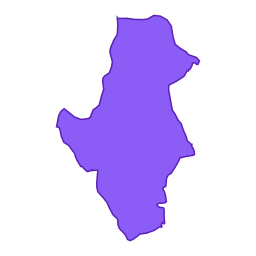 outline of Bafoulabe, Kayes, Mali
{"feature_id": "8926073B35923162225659", "entity_name": "Bafoulabe", "entity_type": "district", "adm_level": 2, "iso_a3": "MLI", "parent_name": "Mali", "parent_adm1": "Kayes", "projection": "equal_earth", "projection_center": [-10.509, 13.682], "detail": "fine", "context": "isolated", "style": "filled", "palette": "violet", "viewbox_px": 256, "rotation_deg": 0, "n_neighbors": 0, "source": "geoboundaries", "source_scale": "gbopen_adm2", "svg_char_len": 2247}
<svg xmlns="http://www.w3.org/2000/svg" viewBox="0 0 256 256"><path d="M167.1,19.9L160.5,16.2L153.9,15.4L147.7,19.0L142.9,19.6L134.3,19.4L127.2,18.3L123.0,18.4L118.5,18.4L118.0,18.2L117.3,17.4L117.8,24.8L117.3,34.4L113.8,40.1L111.1,46.4L110.4,48.6L109.9,52.1L112.4,61.9L111.6,66.6L110.3,70.2L109.2,72.9L104.8,75.9L103.1,77.9L102.6,80.8L103.7,89.1L101.3,96.7L99.2,105.1L95.6,108.2L93.1,109.9L91.2,114.8L90.5,116.9L89.0,118.0L88.4,118.5L88.2,118.5L87.5,118.6L82.9,119.3L81.3,119.5L74.7,117.1L64.1,108.7L61.0,111.4L58.8,115.3L56.5,126.8L58.9,127.4L60.0,129.8L61.4,136.6L63.8,142.2L68.9,145.6L71.8,149.8L74.4,153.0L75.2,155.9L76.8,159.9L80.7,166.5L81.2,166.3L82.5,166.8L83.1,167.6L83.6,168.4L84.1,168.6L84.7,169.3L85.1,169.7L85.5,170.1L86.1,170.7L87.3,171.6L88.5,171.4L89.5,171.0L90.8,170.7L91.4,170.6L91.9,169.7L92.1,169.7L92.2,170.3L92.3,170.5L96.4,170.2L97.8,170.3L97.7,171.7L96.8,182.0L96.8,186.9L97.8,191.8L103.0,197.5L107.0,202.6L109.5,208.2L112.0,212.9L113.0,214.8L117.6,219.1L118.1,225.1L119.5,228.7L125.3,234.7L127.5,239.4L130.1,240.6L133.3,239.2L140.2,234.0L146.5,233.1L149.3,232.1L153.7,230.6L158.0,228.0L159.1,226.9L160.3,227.0L161.7,227.1L161.9,226.8L161.9,226.5L161.9,225.9L161.1,224.8L161.2,224.3L162.2,223.3L162.4,222.5L162.7,222.4L163.1,222.7L163.4,222.1L164.3,222.3L164.2,223.7L164.5,223.5L164.7,223.2L164.1,217.4L164.1,210.2L163.8,208.1L161.8,207.4L159.9,207.6L157.1,205.4L157.1,204.1L159.2,203.3L164.9,202.9L166.4,201.5L165.6,196.2L164.4,191.7L162.8,188.8L163.6,187.3L165.8,186.3L166.6,178.2L168.3,174.9L171.1,173.4L175.5,166.6L178.7,160.8L180.1,157.4L181.5,157.7L183.1,157.2L185.4,156.6L193.6,155.2L193.8,155.0L194.2,154.7L194.4,154.6L194.5,153.4L194.1,152.7L194.0,152.2L194.2,150.9L193.7,149.9L193.5,149.3L193.1,148.4L191.9,146.5L191.8,145.6L191.9,144.5L191.6,144.6L187.3,140.8L185.6,135.1L183.6,130.9L181.1,123.5L178.0,120.0L175.3,114.5L172.3,110.1L168.8,90.9L168.5,88.0L169.2,84.9L176.4,81.3L183.2,76.9L184.8,75.3L184.8,75.0L185.2,74.0L185.9,73.1L186.8,71.4L187.2,70.8L188.2,71.0L188.4,69.8L189.9,69.5L191.9,65.9L192.5,63.0L195.4,63.0L196.7,64.5L198.1,64.2L198.7,62.4L199.5,61.0L196.4,57.5L188.3,54.6L186.3,52.0L179.5,47.8L175.2,44.3L173.0,36.8L171.3,26.1L167.1,19.9Z" fill="#8b5cf6" stroke="#5b21b6" stroke-width="1.5"/></svg>